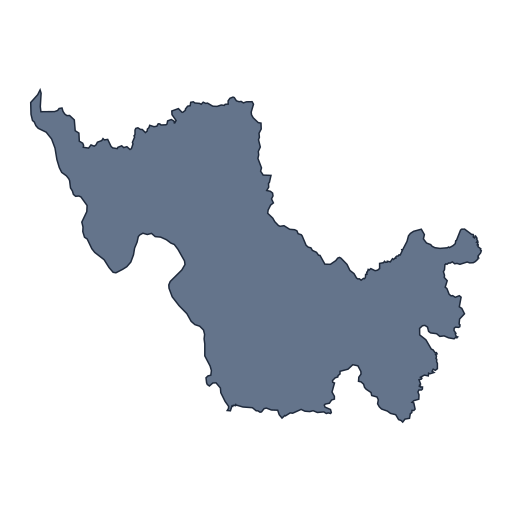 outline of Mae Sariang, Mae Hong Son, Thailand
{"feature_id": "78962969B31524896745165", "entity_name": "Mae Sariang", "entity_type": "district", "adm_level": 2, "iso_a3": "THA", "parent_name": "Thailand", "parent_adm1": "Mae Hong Son", "projection": "mercator", "projection_center": [97.922, 18.297], "detail": "fine", "context": "isolated", "style": "filled", "palette": "slate", "viewbox_px": 512, "rotation_deg": 0, "n_neighbors": 0, "source": "geoboundaries", "source_scale": "gbopen_adm2", "svg_char_len": 6059}
<svg xmlns="http://www.w3.org/2000/svg" viewBox="0 0 512 512"><path d="M461.1,297.2L459.3,295.7L455.3,297.3L452.6,295.6L451.1,295.9L449.1,294.2L446.9,288.5L445.2,287.2L447.2,280.7L444.3,277.5L444.5,275.2L443.4,271.7L444.5,269.7L444.9,264.8L445.9,263.8L447.0,264.3L448.6,263.0L450.1,263.1L452.4,261.9L454.7,263.8L457.0,263.4L459.9,264.3L467.2,262.0L469.7,262.9L473.3,262.7L475.4,261.5L477.9,259.1L478.0,257.7L478.6,257.8L478.0,256.1L480.6,252.9L481.3,250.7L480.4,249.9L480.8,248.8L478.0,246.7L478.2,244.8L477.3,244.8L478.0,242.2L476.7,242.2L477.6,240.8L476.6,239.0L477.0,238.2L475.6,236.1L474.4,237.9L473.2,236.9L473.8,235.8L473.1,234.5L471.6,234.4L464.6,229.1L461.5,229.2L460.5,230.2L456.5,240.3L455.7,240.8L455.3,243.6L453.1,245.6L449.5,247.6L448.7,247.0L447.2,247.8L440.0,248.4L434.9,247.7L432.1,246.3L430.7,244.6L426.5,243.0L423.4,238.9L424.4,234.6L421.3,229.2L413.6,231.3L410.4,233.4L408.5,235.8L407.0,241.4L402.7,249.7L401.8,249.7L402.2,250.8L400.2,255.0L399.0,254.8L398.4,255.9L396.8,256.1L395.8,257.0L395.8,258.2L394.8,258.1L393.6,259.5L392.5,258.7L390.3,261.9L387.3,261.2L387.1,262.2L385.5,262.3L384.5,261.3L383.5,262.7L379.6,263.4L379.6,268.5L377.5,270.2L375.1,270.7L370.8,268.6L369.2,270.0L368.2,269.4L367.4,271.9L366.7,272.2L366.9,274.3L365.6,274.4L365.4,277.4L364.5,278.7L363.5,278.4L361.1,280.2L359.4,278.8L357.8,278.9L356.5,278.0L354.0,273.6L349.9,270.4L347.0,264.4L341.0,258.2L339.5,257.4L337.7,258.1L335.8,260.6L330.4,264.3L324.9,264.2L320.0,255.4L318.5,255.2L316.5,252.3L312.4,250.4L310.9,247.8L308.3,247.2L306.1,245.3L302.1,235.8L301.2,234.7L298.1,233.7L296.9,230.8L294.6,229.7L289.7,229.3L284.0,225.7L280.0,226.3L278.4,225.5L274.7,221.6L272.8,218.2L267.7,213.3L268.1,210.1L270.6,205.1L273.4,202.9L271.5,198.9L273.0,195.9L272.6,193.1L270.4,191.3L266.7,190.5L268.7,187.2L268.5,183.4L269.4,182.4L271.0,175.4L263.2,175.1L260.6,171.2L261.5,167.9L257.9,158.4L258.7,154.9L258.3,151.5L260.3,147.0L258.5,139.7L259.4,137.3L259.0,133.3L261.2,129.0L261.0,123.1L258.2,122.6L253.2,117.8L251.5,114.8L251.2,112.1L253.5,104.2L252.1,101.7L246.4,101.8L243.4,102.9L241.1,101.4L239.1,101.7L236.4,100.8L234.3,97.6L233.0,97.1L229.9,98.3L228.1,100.9L228.2,104.1L225.2,104.3L224.3,105.4L221.2,105.0L217.1,106.4L212.8,106.2L207.5,103.1L205.7,103.4L203.2,102.2L201.2,104.3L199.6,103.4L194.9,103.0L193.3,101.8L190.7,102.3L190.2,105.7L187.6,106.2L185.4,109.1L185.4,110.3L182.8,112.3L182.0,112.3L178.4,108.6L171.8,111.0L172.0,114.7L176.1,120.5L174.8,122.9L174.3,122.9L174.1,121.2L171.3,119.5L167.6,120.9L167.0,124.0L166.0,124.8L161.0,125.0L159.8,123.9L158.2,123.8L156.8,126.2L154.0,126.7L149.7,125.3L148.9,127.7L147.4,129.1L147.2,131.0L145.4,132.6L142.3,129.5L140.4,129.4L137.9,127.8L135.8,128.4L135.0,130.1L135.0,134.7L134.0,135.8L134.6,137.1L132.4,142.4L133.0,143.9L131.4,148.6L130.0,149.5L126.9,146.7L123.7,147.6L121.7,145.8L117.9,147.3L117.3,148.6L112.7,147.9L111.1,146.5L107.7,139.4L104.3,139.9L103.0,138.6L101.7,140.6L97.4,142.2L96.0,144.9L94.2,146.2L91.0,144.9L88.6,148.1L83.3,147.3L83.6,145.3L82.7,143.2L79.3,141.2L78.9,133.1L75.2,130.7L74.3,119.9L69.6,115.5L66.9,115.6L64.8,114.1L63.0,111.4L62.0,108.0L59.1,108.5L57.6,110.5L54.5,111.6L40.9,111.7L40.3,106.6L41.1,93.2L40.1,89.9L37.7,94.7L30.7,102.5L31.0,114.3L32.5,120.5L34.3,122.0L35.9,125.7L38.2,128.3L46.2,132.2L51.6,139.0L55.0,148.1L56.9,159.6L59.3,167.6L61.7,172.4L66.4,175.8L68.7,178.7L69.6,180.6L70.5,187.9L72.4,191.0L73.4,194.4L75.6,196.3L78.8,196.0L80.9,196.9L87.1,205.5L86.8,211.6L81.8,222.1L83.0,227.0L82.8,231.6L84.5,237.2L87.2,239.0L91.8,248.7L94.7,252.4L104.1,259.7L109.1,267.6L113.1,272.3L115.9,272.8L122.7,269.3L126.8,266.7L130.8,262.1L133.5,254.8L134.6,248.1L137.1,242.1L138.3,236.6L139.8,234.9L142.9,233.2L147.3,234.5L151.5,233.4L155.2,236.6L160.6,237.1L166.4,239.7L170.9,243.1L174.3,244.5L178.0,249.4L184.5,260.9L185.0,264.5L181.8,270.0L170.2,281.5L168.8,284.9L169.0,288.2L172.2,296.8L179.0,305.6L186.9,313.7L191.2,321.4L194.9,324.6L199.7,326.2L203.5,330.0L204.6,334.4L204.1,338.9L204.8,344.0L204.8,355.9L210.1,366.0L211.4,370.6L210.8,375.2L208.0,375.9L206.0,377.8L206.6,382.8L207.3,384.5L209.4,386.0L212.8,383.0L216.0,382.8L220.4,388.0L220.8,392.7L225.1,401.4L228.6,406.3L228.5,408.4L227.2,410.5L230.4,410.8L232.0,405.9L232.8,406.3L233.2,405.3L234.7,405.5L235.6,404.6L235.8,405.5L236.4,405.1L242.9,407.0L252.4,407.7L256.2,410.8L257.8,410.8L260.0,412.2L261.5,411.9L264.1,408.6L266.4,408.1L271.4,410.0L277.7,410.2L279.2,414.7L282.0,418.1L284.8,415.5L285.4,415.9L290.2,412.9L292.7,413.2L301.1,409.4L304.9,411.2L309.8,411.6L313.1,410.7L317.4,412.5L323.8,411.9L326.3,413.5L328.2,412.9L330.6,413.5L331.3,412.5L330.5,409.5L325.0,407.1L324.3,405.1L325.2,404.1L329.4,403.2L331.6,400.0L334.4,399.1L334.4,396.3L332.0,392.0L334.5,383.0L332.7,382.3L332.5,380.6L335.2,377.8L337.8,377.0L338.1,375.5L340.0,374.0L340.0,371.3L348.0,369.2L352.8,364.7L357.9,365.8L360.9,371.5L361.0,374.1L358.8,377.2L358.5,381.3L361.1,381.9L363.6,384.2L364.5,387.3L366.1,389.2L371.0,392.5L371.7,395.5L377.0,397.0L378.3,399.8L377.6,403.8L379.3,406.8L381.5,409.0L387.4,411.1L390.5,413.4L395.7,414.7L398.6,419.6L401.1,420.5L402.7,422.1L405.0,419.1L409.5,418.3L410.3,413.7L411.8,412.6L412.0,410.4L413.8,410.5L415.1,409.1L413.8,402.9L412.0,402.3L413.8,400.7L418.8,399.2L419.0,394.8L417.9,392.0L418.9,390.0L421.4,390.0L422.4,389.1L422.5,387.0L420.6,387.1L419.5,386.3L420.3,385.9L419.5,385.1L420.6,384.1L419.0,379.7L421.4,379.1L421.9,378.2L420.5,377.2L424.4,375.1L428.3,375.9L428.6,373.2L429.9,373.8L434.0,372.5L432.1,371.2L433.2,369.2L435.3,370.3L437.4,368.7L437.4,363.3L436.6,361.9L436.8,359.3L436.0,358.6L436.5,356.1L435.6,354.5L437.1,353.9L436.4,352.6L435.2,352.8L433.0,349.8L431.3,349.1L425.9,339.8L419.7,334.9L419.6,328.4L422.5,325.7L424.9,325.4L427.5,327.1L428.6,331.4L430.6,332.9L436.6,333.7L439.8,336.4L444.1,335.9L448.5,337.8L454.1,338.8L456.1,337.0L457.2,338.3L456.9,337.2L457.5,336.9L456.1,336.3L455.3,333.7L455.9,333.3L454.0,330.5L454.2,328.2L455.6,327.1L458.6,327.4L459.8,326.7L460.0,324.8L459.1,324.0L459.6,319.0L464.5,313.8L461.8,308.4L459.3,306.8L461.1,297.2Z" fill="#64748b" stroke="#1e293b" stroke-width="1.5"/></svg>